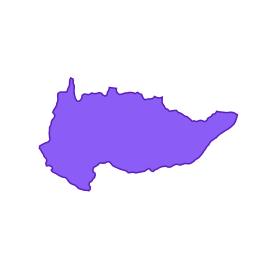 the district of Marilândia, Espírito Santo, Brazil, rotated 312°
{"feature_id": "56859067B58826799202439", "entity_name": "Marilândia", "entity_type": "district", "adm_level": 2, "iso_a3": "BRA", "parent_name": "Brazil", "parent_adm1": "Espírito Santo", "projection": "mercator", "projection_center": [-40.514, -19.428], "detail": "fine", "context": "isolated", "style": "filled", "palette": "violet", "viewbox_px": 256, "rotation_deg": 312, "n_neighbors": 0, "source": "geoboundaries", "source_scale": "gbopen_adm2", "svg_char_len": 2854}
<svg xmlns="http://www.w3.org/2000/svg" viewBox="0 0 256 256"><g transform="rotate(312 128 128)"><path d="M211.1,200.4L210.1,196.2L208.7,194.0L205.2,190.8L203.8,188.8L200.8,184.7L199.9,182.8L197.0,183.1L194.6,181.7L192.2,182.1L190.3,181.3L188.5,180.8L186.6,181.5L184.0,180.8L183.1,178.1L182.0,176.5L180.2,175.5L178.2,174.2L177.6,172.3L175.9,171.3L176.1,169.0L176.0,166.8L176.0,164.6L174.8,162.1L174.6,159.0L174.1,156.9L173.2,154.9L173.5,152.4L172.1,150.7L169.8,148.9L168.1,147.4L168.4,144.9L167.5,142.8L168.7,139.6L169.4,136.9L170.9,135.2L173.9,132.8L171.6,131.6L170.0,129.2L169.2,126.6L167.1,126.8L165.2,125.8L163.0,123.5L160.2,121.5L160.4,119.1L161.2,117.4L162.0,115.7L161.2,113.7L160.9,111.3L158.5,110.3L157.2,107.5L155.5,105.3L153.9,104.3L152.0,102.4L149.5,101.0L147.2,99.3L146.9,97.0L147.7,94.5L149.7,92.9L148.3,90.9L147.2,89.4L145.6,87.0L143.4,88.4L141.1,88.7L138.6,90.2L136.4,89.7L135.7,87.3L136.1,85.1L134.9,82.8L132.8,81.7L131.0,80.0L129.6,77.5L127.5,77.1L126.0,75.9L125.0,74.1L123.7,72.5L121.6,72.1L119.9,73.3L117.8,74.0L115.4,73.9L113.9,72.2L114.5,69.8L115.6,67.8L117.0,65.8L119.2,63.2L121.3,61.6L123.5,59.7L124.6,57.2L126.3,56.0L127.6,54.3L126.8,51.9L125.0,52.5L123.3,53.6L121.5,55.3L119.0,56.5L117.0,57.0L113.9,58.4L111.3,55.8L109.2,53.4L106.6,52.9L104.7,54.3L102.6,56.6L100.6,58.1L98.8,58.5L97.2,59.7L94.7,60.4L92.1,60.7L89.3,61.6L88.5,65.2L85.8,66.4L83.4,66.2L80.9,67.1L79.3,68.5L76.0,69.3L73.7,71.3L71.7,72.7L68.9,75.6L67.2,77.9L64.4,78.1L60.4,76.1L58.5,75.4L55.6,74.4L53.6,75.7L53.4,77.7L52.5,79.8L51.8,82.8L50.7,84.7L50.5,87.8L49.0,89.8L46.8,90.5L45.3,92.7L47.5,94.7L48.3,97.4L47.3,99.1L45.3,99.0L44.9,101.4L46.1,105.3L46.7,109.1L47.7,112.1L49.4,114.8L49.2,117.2L48.6,119.7L48.4,122.2L49.1,124.6L50.1,126.8L50.2,129.5L49.9,131.6L51.1,134.0L52.4,136.9L54.1,139.0L55.2,140.9L57.2,140.9L58.8,139.6L59.7,137.0L61.5,135.9L64.1,136.6L66.7,136.1L68.8,136.3L71.4,135.0L72.4,133.3L72.0,131.4L73.7,129.7L75.8,128.9L78.3,129.7L80.5,130.4L82.3,130.2L84.0,131.1L85.0,133.0L87.0,134.6L89.1,135.1L90.4,136.9L90.2,139.6L89.8,141.6L90.2,143.6L90.8,145.5L91.4,147.3L92.1,149.4L93.0,151.4L94.3,153.9L95.0,155.9L94.9,158.1L96.4,159.5L98.6,161.3L99.8,163.8L101.8,165.3L104.9,167.6L106.7,169.1L108.5,169.6L110.5,170.0L112.1,170.8L111.7,173.9L112.5,175.8L114.6,175.9L116.9,177.1L119.2,177.7L121.4,178.7L123.3,180.2L125.1,181.8L125.7,184.0L127.8,185.9L130.8,186.8L133.1,187.9L134.4,189.6L135.4,191.6L137.3,192.7L139.0,193.5L140.9,195.5L142.3,197.4L144.2,198.4L147.3,199.2L149.8,199.3L152.5,200.3L155.2,200.4L157.3,200.4L159.6,200.2L162.0,199.7L164.2,199.6L167.1,199.0L169.5,199.2L171.5,198.7L173.7,198.5L175.4,199.0L178.2,199.5L179.9,200.1L182.4,200.1L185.5,200.5L187.7,201.2L189.7,201.7L191.8,202.2L194.0,203.0L195.7,203.4L198.6,203.9L201.7,204.1L204.4,203.6L206.1,202.8L207.9,202.1L211.1,200.4Z" fill="#8b5cf6" stroke="#5b21b6" stroke-width="1.5"/></g></svg>